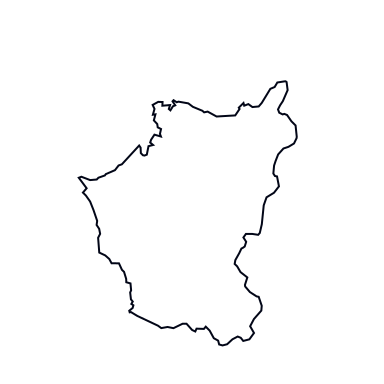 Gurabo, Puerto Rico, rotated 202°
{"feature_id": "32010507B33566817880086", "entity_name": "Gurabo", "entity_type": "district", "adm_level": 2, "iso_a3": "PRI", "parent_name": "Puerto Rico", "parent_adm1": "", "projection": "equal_earth", "projection_center": [-65.978, 18.259], "detail": "fine", "context": "isolated", "style": "outline", "palette": "ink", "viewbox_px": 384, "rotation_deg": 202, "n_neighbors": 0, "source": "geoboundaries", "source_scale": "gbopen_adm2", "svg_char_len": 2150}
<svg xmlns="http://www.w3.org/2000/svg" viewBox="0 0 384 384"><g transform="rotate(202 192 192)"><path d="M255.3,101.1L248.7,100.7L243.6,98.9L239.9,95.8L233.0,98.5L227.8,93.6L225.1,92.5L220.5,86.8L219.1,83.7L214.8,84.2L211.6,78.0L211.7,75.7L208.4,69.6L205.9,68.2L206.3,65.5L203.9,65.0L203.6,62.2L205.7,58.4L204.7,57.1L203.6,57.8L196.3,56.6L173.4,55.3L169.5,54.3L164.1,57.7L158.2,58.8L151.4,66.3L147.7,67.8L140.2,64.1L136.7,63.9L136.6,67.0L129.7,69.5L128.8,72.3L123.7,70.1L117.0,64.6L112.1,64.0L109.7,60.8L106.2,61.2L102.4,64.0L99.3,70.6L95.5,75.1L92.2,75.1L88.7,73.1L83.6,76.9L81.7,84.5L87.8,89.3L87.0,97.4L83.3,108.0L84.7,112.6L90.9,119.8L93.0,119.4L100.8,120.9L107.3,124.3L108.1,125.7L108.7,133.5L117.0,135.9L122.3,140.0L125.5,141.3L126.3,145.1L125.3,152.9L125.0,158.1L124.0,159.2L122.7,161.2L123.1,166.1L127.3,169.1L126.3,173.3L120.4,175.7L114.6,177.1L113.8,179.4L115.2,188.3L120.5,206.5L120.9,215.0L115.7,222.0L113.5,229.8L119.0,238.3L121.1,237.9L123.5,239.6L125.8,247.3L126.1,252.0L126.2,259.1L123.5,266.6L119.5,270.0L115.6,275.2L115.2,281.1L115.6,282.5L120.9,292.5L126.3,294.8L132.7,299.0L135.7,299.0L137.0,297.9L140.8,298.2L143.2,300.8L142.8,305.4L141.8,310.3L141.5,322.3L145.5,329.4L146.7,329.7L147.9,329.1L153.9,325.5L154.7,320.3L158.0,317.0L160.7,300.7L162.2,296.3L167.8,293.4L172.7,294.6L175.9,291.6L177.6,293.8L180.2,287.7L179.0,286.8L180.6,279.2L197.5,271.2L207.6,272.4L210.6,270.4L212.8,271.2L223.1,271.3L228.6,272.8L238.4,270.7L239.8,269.5L243.5,270.2L244.0,268.8L240.0,266.1L241.8,264.3L242.6,259.6L244.6,260.3L244.9,264.4L251.8,260.9L253.0,264.4L257.1,262.9L261.1,258.0L257.9,255.0L257.2,249.0L255.0,250.3L254.2,244.1L249.7,242.0L248.0,239.1L244.3,238.8L243.5,233.9L241.6,231.8L248.3,231.1L249.5,225.2L249.5,224.9L249.3,222.2L245.7,221.0L249.5,218.2L247.9,209.7L249.7,208.0L251.3,207.7L254.0,208.9L256.3,213.9L258.4,215.3L267.4,191.4L270.0,189.1L271.6,183.4L278.6,176.3L279.0,174.7L284.1,170.2L285.0,167.9L290.9,164.9L300.3,164.7L302.3,162.8L291.1,156.0L292.9,150.6L289.1,149.0L282.9,145.0L276.6,138.4L269.1,129.7L268.1,125.7L264.3,123.1L261.5,118.8L261.9,114.4L255.3,101.1Z" fill="none" stroke="#020617" stroke-width="2"/></g></svg>